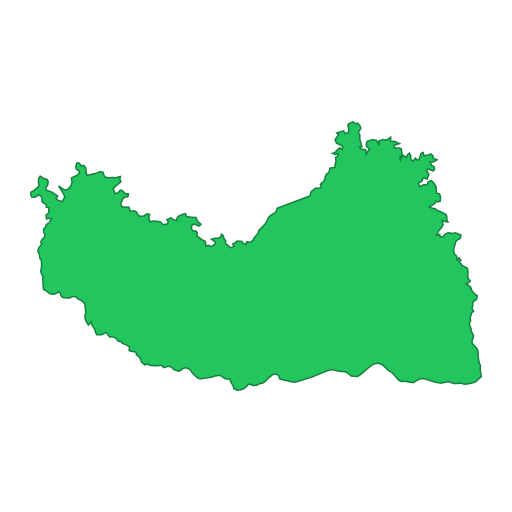 Palmas, Paraná, Brazil (Mercator projection)
{"feature_id": "56859067B83950244855736", "entity_name": "Palmas", "entity_type": "district", "adm_level": 2, "iso_a3": "BRA", "parent_name": "Brazil", "parent_adm1": "Paraná", "projection": "mercator", "projection_center": [-51.824, -26.422], "detail": "fine", "context": "isolated", "style": "filled", "palette": "green", "viewbox_px": 512, "rotation_deg": 0, "n_neighbors": 0, "source": "geoboundaries", "source_scale": "gbopen_adm2", "svg_char_len": 6028}
<svg xmlns="http://www.w3.org/2000/svg" viewBox="0 0 512 512"><path d="M402.4,155.3L401.6,152.0L401.4,148.9L399.6,148.1L394.1,148.0L394.4,145.2L399.4,143.6L394.8,141.4L390.5,141.4L390.7,137.2L386.8,140.1L383.1,139.6L378.8,140.9L379.0,144.9L376.3,140.3L372.6,139.6L367.1,141.3L366.2,144.3L366.8,146.8L369.7,148.9L368.3,150.6L366.3,154.2L365.6,149.7L360.9,149.0L359.5,147.1L361.9,146.7L359.7,138.9L359.9,135.2L358.3,132.5L360.9,128.1L359.6,125.2L357.3,123.2L355.3,123.7L352.7,121.8L348.0,124.3L348.8,130.2L348.3,132.7L344.6,133.4L343.8,130.9L336.7,132.9L338.6,134.8L335.0,139.6L336.5,143.2L342.6,146.0L342.2,149.5L339.8,147.9L337.9,149.2L335.3,152.3L332.6,153.3L335.0,154.5L337.9,153.8L337.8,156.4L335.5,157.5L336.0,161.8L335.0,164.4L335.3,166.9L332.9,167.7L330.0,168.1L329.3,171.1L328.4,173.0L326.5,174.0L325.3,176.8L323.9,181.6L321.9,182.8L320.4,184.4L321.5,187.1L319.1,188.3L315.5,188.2L311.2,191.6L309.9,195.9L277.3,208.2L275.6,212.3L270.4,215.5L268.8,217.3L265.4,223.7L258.7,230.6L258.5,232.8L254.4,237.5L252.9,240.4L251.1,241.8L248.8,242.3L246.6,241.8L246.0,244.4L243.5,243.6L241.6,241.3L237.0,241.1L235.2,242.7L232.7,244.0L234.0,246.1L232.1,247.5L229.9,247.5L228.6,245.8L225.3,243.4L225.7,240.6L224.2,239.1L223.3,235.9L221.5,234.2L220.7,237.0L218.8,238.1L213.9,238.4L211.5,239.3L215.5,242.1L214.8,244.3L211.4,246.7L208.7,245.3L206.0,246.2L205.3,241.4L202.3,239.9L196.7,235.8L197.4,232.7L195.9,230.9L193.4,231.2L191.8,229.6L191.4,226.4L192.6,224.5L195.2,224.2L198.9,226.2L201.0,224.3L198.4,222.1L197.0,220.1L196.0,217.4L192.6,217.4L186.5,216.6L185.4,213.6L182.2,214.5L179.1,215.9L177.3,217.4L176.6,220.5L173.8,219.9L170.8,217.8L168.7,219.0L166.8,219.6L168.3,221.7L167.5,224.0L162.9,224.6L160.2,221.8L153.8,221.0L149.7,221.8L148.8,216.7L149.6,214.4L147.2,213.7L143.5,216.2L138.9,216.1L136.5,212.0L134.2,210.7L130.2,211.5L129.0,207.2L124.5,207.2L122.3,206.6L120.5,204.7L122.8,198.7L124.9,197.2L128.0,196.5L128.4,193.8L125.2,193.7L122.3,190.5L120.2,190.2L118.0,193.0L114.9,193.5L114.3,191.2L113.2,188.3L120.9,181.7L119.8,179.2L120.4,176.5L115.4,177.8L111.8,177.4L109.1,178.0L106.7,177.3L104.7,177.3L103.0,172.1L99.3,171.8L96.3,173.3L87.0,175.4L86.1,172.2L85.9,168.4L84.1,165.6L81.2,165.6L78.9,162.9L76.8,163.1L75.8,166.7L76.3,169.2L79.1,170.8L79.1,173.2L77.0,175.5L75.1,176.1L71.4,178.0L72.0,182.9L70.9,185.8L68.4,188.8L66.1,190.1L63.8,189.6L58.6,185.9L63.6,194.0L64.8,197.3L61.9,201.7L58.1,200.3L55.8,198.2L57.7,196.1L51.6,192.0L46.3,190.2L45.6,187.8L47.7,185.2L48.2,181.6L47.1,179.5L43.2,178.3L40.2,176.1L38.8,178.3L38.3,182.1L39.1,185.9L33.7,190.8L31.2,191.8L30.7,194.3L31.8,197.1L34.8,197.2L38.9,194.9L41.3,196.4L42.0,198.7L42.0,201.6L43.9,203.3L46.3,204.4L46.3,207.3L48.9,207.7L48.7,210.3L49.0,212.6L46.0,215.2L46.6,219.0L48.4,218.3L51.4,218.6L49.1,223.0L46.4,224.4L45.5,226.9L43.6,229.2L43.6,232.0L45.0,234.4L44.4,237.2L42.1,239.5L40.6,242.2L41.8,244.0L38.9,247.6L37.8,251.3L39.5,254.6L39.9,258.5L41.3,260.2L41.6,264.4L41.4,267.7L40.7,271.6L42.7,276.2L43.1,285.5L43.6,289.6L45.6,290.4L49.7,293.6L52.2,294.2L54.3,294.1L58.8,292.0L60.5,293.2L60.7,295.3L62.4,297.3L65.0,297.9L69.7,298.0L72.6,296.6L75.5,296.6L78.1,299.0L81.8,300.8L84.5,303.4L85.2,306.9L85.7,312.8L84.9,315.8L85.2,319.1L86.6,322.2L88.4,325.0L91.0,322.0L91.8,324.8L95.0,329.8L95.5,332.4L96.9,334.8L101.9,334.7L106.2,332.5L109.8,337.1L112.3,336.6L115.7,338.0L118.2,341.2L121.2,341.7L122.4,343.4L126.7,345.0L129.4,346.9L129.2,350.6L131.3,351.3L136.1,352.1L136.4,354.7L139.0,356.7L140.6,359.3L141.5,362.0L144.9,365.0L146.8,364.0L151.2,365.6L157.5,365.8L161.0,365.1L163.9,367.6L166.8,366.6L169.8,366.4L172.5,368.0L173.9,369.6L179.0,371.3L181.3,369.9L182.9,368.4L185.7,367.8L188.9,368.8L191.0,370.8L192.4,373.0L196.2,376.7L197.8,378.0L200.1,378.9L211.9,377.1L216.0,375.8L219.1,375.4L221.0,375.8L224.8,378.7L229.8,379.2L231.2,382.7L233.2,385.8L233.9,388.7L237.2,390.2L242.1,389.5L244.1,388.5L246.4,386.6L248.5,384.2L250.6,384.3L253.3,385.6L256.9,385.2L260.0,383.5L262.3,383.3L264.9,381.7L267.4,379.0L272.8,374.5L276.4,373.9L278.8,376.0L279.8,379.0L292.0,382.0L295.3,382.1L300.5,380.6L313.3,376.5L326.6,371.0L331.0,369.8L333.2,369.8L338.6,371.2L344.1,371.7L346.9,372.4L351.2,376.0L357.4,376.6L361.4,373.9L367.8,368.3L372.5,364.7L376.0,363.4L378.8,363.4L382.3,364.7L388.0,370.1L392.3,372.8L399.2,380.6L401.1,381.5L405.8,381.3L410.3,382.4L413.4,382.5L418.0,379.8L420.2,378.9L422.7,378.6L425.3,379.0L434.8,382.1L440.9,383.2L448.3,381.6L454.2,383.6L461.2,383.2L463.8,384.1L467.0,384.1L473.2,382.7L475.7,381.7L481.3,376.7L480.1,368.5L480.5,365.8L479.3,363.1L478.1,356.7L478.1,352.5L477.4,349.4L476.0,347.5L472.6,344.0L471.9,340.9L473.1,338.4L473.5,335.8L471.3,331.1L471.0,328.6L469.6,325.1L469.5,322.7L470.7,320.5L470.1,318.2L471.6,312.8L473.6,311.4L472.0,308.1L472.8,305.7L472.6,302.9L474.1,300.9L476.5,299.5L477.3,295.9L474.7,293.9L472.0,290.9L470.6,287.0L466.0,283.7L468.3,283.0L470.3,281.1L468.1,278.5L467.8,275.6L468.0,271.8L467.4,268.2L462.2,265.5L460.9,263.7L459.1,261.9L460.9,260.4L458.9,257.8L457.0,260.0L456.5,256.0L454.1,253.5L453.6,250.5L454.1,247.4L456.2,240.7L460.1,238.5L461.0,235.0L455.3,232.8L452.4,233.5L450.1,232.9L447.8,232.9L444.9,234.4L443.1,236.7L440.1,236.8L439.7,234.4L436.7,235.1L438.6,231.0L441.7,227.3L443.1,224.9L442.0,220.5L444.8,221.6L448.0,222.0L446.9,220.0L446.8,216.6L446.0,214.5L442.1,212.4L437.0,210.3L435.5,208.9L432.1,208.1L429.1,206.8L434.8,203.7L435.4,201.3L438.0,201.9L440.1,201.4L440.5,198.7L440.4,195.9L439.4,193.9L436.3,193.0L436.2,187.0L433.5,182.6L431.2,180.5L428.2,181.8L427.3,185.2L424.0,184.7L421.6,185.6L419.9,186.8L418.2,183.4L422.3,180.7L422.7,178.5L424.8,177.9L427.1,179.2L428.8,174.2L426.5,170.3L428.3,168.9L432.9,171.0L434.5,169.8L434.1,166.7L431.7,165.4L430.0,162.3L433.9,161.7L437.0,159.8L432.9,158.1L433.2,156.0L430.7,153.9L427.9,155.1L424.0,155.8L423.2,152.5L421.1,153.3L419.1,159.7L416.7,159.9L415.5,158.1L412.8,161.2L411.2,159.9L410.6,157.8L410.8,155.6L409.4,153.1L407.5,154.6L406.6,157.3L402.4,155.3ZM402.4,155.3L400.4,159.9L400.0,156.6L402.4,155.3Z" fill="#22c55e" stroke="#15803d" stroke-width="1.5"/></svg>